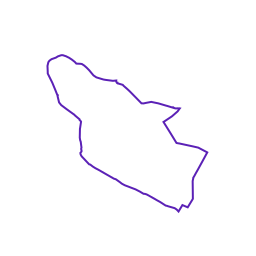 the district of Niamina East, Central River, Gambia, rotated 238°
{"feature_id": "56634734B42374489083147", "entity_name": "Niamina East", "entity_type": "district", "adm_level": 2, "iso_a3": "GMB", "parent_name": "Gambia", "parent_adm1": "Central River", "projection": "albers", "projection_center": [-15.05, 13.638], "detail": "fine", "context": "isolated", "style": "outline", "palette": "violet", "viewbox_px": 256, "rotation_deg": 238, "n_neighbors": 0, "source": "geoboundaries", "source_scale": "gbopen_adm2", "svg_char_len": 1975}
<svg xmlns="http://www.w3.org/2000/svg" viewBox="0 0 256 256"><g transform="rotate(238 128 128)"><path d="M170.9,143.3L171.0,143.1L171.3,142.9L172.0,143.1L172.3,142.5L173.7,142.6L174.5,143.2L176.0,140.2L180.1,135.2L181.3,133.8L182.1,132.9L187.7,128.0L190.9,126.6L193.7,126.2L197.5,125.7L201.1,124.9L203.4,124.2L204.1,124.0L206.7,122.8L207.5,121.9L210.0,118.3L212.2,117.9L213.9,117.3L216.1,116.5L217.7,115.7L218.1,115.6L219.7,114.7L219.9,114.5L221.5,113.6L224.3,111.3L225.1,110.0L225.9,106.5L225.9,104.1L226.9,99.6L226.7,97.0L226.0,95.3L223.3,92.6L218.7,90.0L216.7,88.8L206.5,87.8L198.7,86.5L193.2,85.5L192.9,85.8L192.2,85.1L186.2,83.1L182.8,83.5L176.8,85.8L167.7,89.5L166.7,89.7L164.8,90.3L161.1,91.5L160.4,91.2L159.3,91.5L158.2,91.5L153.3,87.3L152.9,86.9L152.6,86.7L145.4,82.0L143.1,81.0L141.3,80.6L139.2,79.6L136.1,78.2L135.2,77.3L134.2,76.8L133.8,76.8L132.7,76.1L132.1,74.4L131.0,73.9L129.6,73.7L128.4,73.7L117.8,75.8L117.0,76.6L114.0,77.7L111.1,79.1L108.4,80.7L100.9,84.7L92.5,89.2L91.0,90.5L86.2,92.5L84.2,93.2L82.4,94.2L80.9,95.1L78.3,97.1L76.0,98.8L71.8,102.0L71.4,102.2L67.9,104.3L64.0,106.3L63.2,107.4L62.3,108.2L61.5,108.8L52.9,113.5L51.7,114.1L48.3,116.0L46.2,117.0L42.3,118.8L41.1,120.0L40.4,120.5L35.3,125.1L33.0,126.1L30.4,126.6L33.8,133.3L29.1,136.6L33.0,144.4L33.6,145.5L39.5,149.1L48.7,154.7L50.4,156.3L51.2,157.1L51.3,157.1L52.4,159.3L52.6,159.6L53.9,161.9L55.4,164.7L60.6,174.0L65.3,182.3L65.5,182.2L74.1,177.2L77.7,173.6L87.7,163.3L88.0,163.0L88.1,162.8L89.6,161.2L91.4,161.2L102.1,161.3L112.3,161.3L113.6,161.3L114.3,161.3L114.3,161.5L114.6,171.4L115.8,178.9L117.1,182.0L117.2,182.3L117.3,182.2L117.7,181.5L118.5,180.3L118.6,180.1L119.5,178.6L120.3,177.9L120.9,177.6L120.7,177.5L126.1,172.8L126.6,172.3L131.9,167.6L132.0,167.5L133.0,166.6L134.6,164.9L137.1,162.3L137.8,161.6L139.9,156.2L140.6,154.2L141.8,152.5L143.2,152.2L152.3,150.2L158.2,148.9L161.2,148.1L166.2,146.6L167.4,146.4L170.9,143.3Z" fill="none" stroke="#5b21b6" stroke-width="2"/></g></svg>